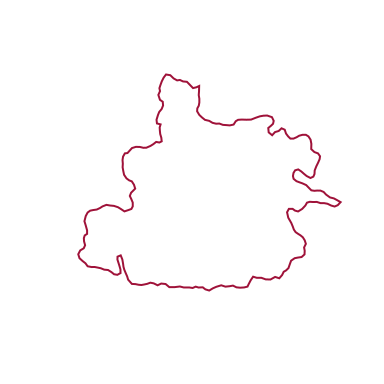 outline of Varginha, Minas Gerais, Brazil, rotated 153°
{"feature_id": "56859067B67059151251397", "entity_name": "Varginha", "entity_type": "district", "adm_level": 2, "iso_a3": "BRA", "parent_name": "Brazil", "parent_adm1": "Minas Gerais", "projection": "natural_earth1", "projection_center": [-45.416, -21.572], "detail": "fine", "context": "isolated", "style": "outline", "palette": "rose", "viewbox_px": 384, "rotation_deg": 153, "n_neighbors": 0, "source": "geoboundaries", "source_scale": "gbopen_adm2", "svg_char_len": 3396}
<svg xmlns="http://www.w3.org/2000/svg" viewBox="0 0 384 384"><g transform="rotate(153 192 192)"><path d="M221.4,96.4L217.1,96.7L213.4,96.5L208.3,95.6L205.2,92.5L201.3,91.0L198.0,90.0L195.7,86.9L192.6,84.9L188.9,83.3L185.5,82.5L183.3,84.2L179.8,86.7L176.0,88.8L173.2,86.1L169.1,84.0L166.0,80.7L161.8,78.4L156.5,78.6L153.4,75.5L149.4,77.1L146.5,79.3L143.9,79.4L140.6,80.4L137.9,83.0L134.9,85.8L130.6,86.4L127.4,85.5L123.9,84.3L120.1,85.3L118.3,88.4L117.3,91.7L114.1,94.1L113.5,97.7L113.8,101.3L115.0,104.1L116.5,106.6L117.9,109.2L118.3,112.3L117.9,115.4L117.6,119.3L117.9,125.4L116.5,130.8L113.3,133.0L110.0,131.3L108.7,128.7L106.3,126.5L101.5,126.9L97.1,128.5L94.4,130.3L91.5,129.8L88.5,128.0L85.3,126.5L82.5,123.7L79.2,122.0L76.6,120.0L74.1,116.7L71.5,114.3L68.1,114.1L64.2,115.5L66.5,119.0L68.5,121.9L71.5,124.5L73.7,128.8L74.7,132.3L76.9,134.9L79.9,136.5L82.4,137.5L84.9,139.3L86.0,142.7L87.1,146.3L89.8,149.7L91.9,151.9L94.0,154.2L95.5,157.6L94.8,160.4L92.9,162.9L90.3,164.5L87.1,163.9L85.3,160.7L84.0,157.4L82.6,154.2L80.1,150.7L76.9,150.6L74.7,152.4L72.9,155.5L69.5,158.5L66.3,160.9L63.4,163.3L61.7,165.7L62.2,169.2L64.8,172.0L66.3,176.1L63.8,180.7L62.6,184.8L63.0,188.7L64.6,191.3L67.6,192.8L71.0,193.5L73.9,193.3L77.3,193.5L80.1,194.9L81.1,197.9L81.7,201.4L81.1,205.4L83.3,208.1L87.1,207.0L90.8,207.7L94.8,206.2L96.6,210.3L95.0,214.4L91.4,215.2L88.8,216.0L86.9,218.3L86.8,222.4L90.3,226.0L93.6,227.5L97.1,228.6L101.4,229.2L106.5,229.7L110.7,231.7L114.9,234.0L118.2,235.4L120.9,235.2L124.3,233.2L128.1,234.2L131.0,236.0L134.0,237.8L136.6,240.6L139.5,241.9L142.3,244.3L144.4,247.6L147.7,250.4L149.3,254.0L150.5,257.4L150.8,261.6L149.3,264.1L146.8,265.8L144.9,268.3L143.1,271.8L142.0,275.3L140.1,278.4L137.5,283.2L140.5,283.3L143.9,284.1L145.2,288.3L146.5,292.5L149.8,294.6L151.9,297.3L154.6,298.2L156.8,301.5L158.3,305.9L161.8,308.5L165.3,306.8L168.7,304.3L171.7,301.5L173.9,299.3L174.7,296.4L177.9,293.8L178.7,288.7L177.1,285.7L178.5,282.2L181.4,279.7L184.9,278.2L187.4,276.0L190.8,272.5L192.1,269.0L189.3,266.5L191.5,264.2L192.8,261.2L194.0,258.1L194.7,254.3L196.0,250.9L198.6,250.9L201.2,252.9L204.7,252.2L208.1,251.9L212.6,252.2L215.3,253.5L218.0,255.8L221.5,257.7L225.5,258.4L229.2,257.0L231.8,256.0L234.3,256.9L237.4,254.8L239.4,252.0L240.8,248.6L242.6,245.5L243.7,241.9L244.7,238.2L244.2,233.9L242.7,230.9L240.8,228.8L240.4,224.8L241.1,220.8L244.1,219.8L246.6,219.0L249.2,216.7L249.3,213.2L249.6,209.5L251.3,206.1L253.7,204.4L257.0,204.8L261.0,205.4L263.0,209.0L264.9,212.1L267.9,215.1L271.2,217.2L274.1,219.4L278.3,219.8L281.1,219.5L284.8,219.6L288.3,220.8L291.2,221.6L294.3,221.1L297.6,218.8L301.1,214.8L301.9,210.3L302.9,205.4L304.5,202.3L307.3,202.0L309.3,200.0L310.6,197.0L311.4,193.1L314.0,191.0L318.1,190.7L321.6,188.2L322.3,184.1L320.8,180.1L319.3,176.9L318.7,173.2L315.5,170.7L312.8,169.4L310.5,167.6L307.9,165.5L305.5,162.7L302.2,160.6L300.1,157.1L298.8,154.1L296.1,152.1L292.5,152.2L290.9,155.5L290.2,159.1L289.6,162.7L289.1,165.7L287.7,168.2L284.3,167.9L284.7,163.5L286.0,159.3L287.0,156.5L287.6,153.5L287.9,149.6L288.1,146.2L288.7,142.9L287.3,137.4L284.2,135.6L281.7,133.6L279.3,132.1L276.6,131.3L273.6,130.5L270.3,130.1L267.6,128.0L265.0,124.5L261.0,124.4L257.3,122.0L255.4,117.5L250.6,115.1L245.7,113.3L242.6,110.6L240.2,109.4L237.8,108.2L235.0,106.2L231.7,106.0L229.5,103.9L225.7,102.2L224.3,99.2L221.4,96.4Z" fill="none" stroke="#9f1239" stroke-width="2"/></g></svg>